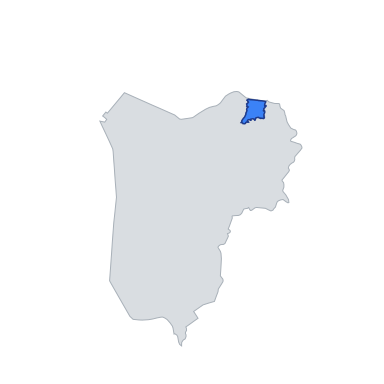 location of Telafar, Ninawa, Iraq, rotated 55°
{"feature_id": "34846034B27680259981934", "entity_name": "Telafar", "entity_type": "district", "adm_level": 2, "iso_a3": "IRQ", "parent_name": "Iraq", "parent_adm1": "Ninawa", "projection": "mercator", "projection_center": [42.455, 36.523], "detail": "fine", "context": "in_parent", "style": "filled", "palette": "blue", "viewbox_px": 384, "rotation_deg": 55, "n_neighbors": 0, "source": "geoboundaries", "source_scale": "gbopen_adm2", "svg_char_len": 5962}
<svg xmlns="http://www.w3.org/2000/svg" viewBox="0 0 384 384"><g transform="rotate(55 192 192)"><path d="M160.0,77.9L162.4,77.3L166.8,73.6L169.4,70.1L170.2,69.8L172.6,70.9L174.2,71.3L178.1,69.9L180.3,70.6L182.2,71.5L183.3,71.6L188.5,73.7L189.7,74.0L192.4,74.3L196.3,74.4L198.9,73.0L200.7,71.6L201.9,71.6L203.2,72.0L204.2,72.5L205.1,73.6L205.5,75.0L205.3,79.7L205.7,80.9L206.4,81.8L207.3,81.9L208.4,80.9L210.2,79.5L212.5,77.9L214.3,76.4L215.2,75.8L216.8,75.9L218.3,76.2L219.2,76.9L219.2,77.1L220.0,79.3L222.0,87.4L223.1,88.5L224.5,89.3L225.4,90.5L225.8,91.7L225.6,93.6L225.7,95.8L226.2,97.5L227.0,98.7L227.7,99.4L228.7,99.4L230.0,99.7L230.8,101.0L233.5,110.2L233.8,111.4L234.9,111.8L236.8,111.6L238.7,112.5L240.8,114.0L242.7,116.8L244.0,117.2L248.1,116.8L253.6,117.3L256.2,118.7L255.9,119.6L253.9,120.6L250.4,121.7L249.4,123.7L248.8,126.2L248.9,127.7L249.8,129.2L252.2,132.3L252.4,133.5L252.8,135.0L253.3,136.1L252.8,138.2L250.5,139.6L247.5,141.2L241.6,148.1L241.1,149.5L241.2,153.6L240.6,154.8L238.7,154.7L237.2,154.5L237.2,156.0L236.2,157.9L235.7,159.5L237.9,163.4L238.3,165.4L237.9,167.3L235.9,170.5L234.7,172.7L235.0,173.2L236.5,174.0L241.5,181.1L243.1,183.6L245.1,182.9L245.9,183.0L246.5,183.4L246.9,184.2L246.9,185.3L246.4,186.8L249.0,187.5L250.0,189.1L253.1,194.6L253.0,196.2L251.5,198.8L251.5,200.5L251.8,202.0L252.3,202.5L256.8,202.8L258.8,203.4L263.5,206.2L268.9,210.4L273.3,213.9L277.0,216.9L281.1,216.7L282.2,217.2L283.2,218.1L284.3,220.6L286.6,226.1L288.6,227.9L291.6,232.3L294.5,236.4L292.6,241.9L290.8,247.7L290.8,255.2L290.8,259.2L294.6,259.3L298.9,259.5L298.9,264.3L299.0,269.1L299.0,274.5L300.3,274.7L302.3,275.9L303.1,277.7L304.2,278.6L305.5,278.8L306.8,279.6L308.0,281.2L308.5,282.4L308.2,283.2L308.4,284.6L309.3,286.7L310.4,287.6L312.1,288.8L309.8,289.5L307.3,289.0L302.1,286.6L300.4,286.5L298.2,287.4L298.1,288.2L292.6,285.6L290.6,285.0L289.9,285.0L286.7,285.0L282.2,285.5L279.5,286.6L277.7,287.7L276.9,288.9L276.6,289.5L275.1,292.8L273.5,297.0L271.7,300.8L268.4,306.2L266.5,308.7L262.5,313.3L258.2,314.2L248.3,313.3L237.2,312.3L226.2,311.3L218.0,310.5L217.3,310.3L209.2,303.7L202.8,298.5L194.8,292.0L186.6,285.4L178.3,278.6L172.3,273.7L165.0,267.3L158.3,261.5L153.0,256.9L146.3,252.9L141.0,249.8L133.3,245.2L127.2,241.5L121.9,238.4L113.8,233.5L111.2,232.2L102.8,230.6L94.8,229.2L86.6,227.8L81.1,226.8L84.7,223.4L83.6,220.2L80.9,220.8L78.5,221.6L77.1,216.7L78.9,216.1L77.2,209.8L75.4,203.2L73.7,196.9L71.9,190.4L78.9,186.2L84.1,183.1L91.4,178.7L98.4,174.5L105.1,170.4L112.4,166.0L119.0,162.0L125.1,160.3L126.3,159.1L129.1,153.6L131.4,148.9L131.5,147.8L131.5,141.2L132.0,133.4L132.7,129.2L134.1,125.4L135.3,122.7L135.5,120.2L135.3,117.6L134.0,113.7L132.7,109.6L132.8,105.7L133.1,103.5L133.9,100.2L135.3,97.7L136.9,96.2L142.6,94.6L146.0,93.6L150.6,89.2L153.3,86.6L157.0,82.5L159.8,79.4L160.0,78.3L160.0,77.9Z" fill="#d9dde1" stroke="#a8b0b8" stroke-width="1"/><path d="M165.3,111.0L165.4,110.8L165.5,110.6L165.7,110.4L165.8,110.3L165.9,110.2L166.1,110.0L166.2,109.9L166.4,109.5L166.4,109.3L166.4,109.0L166.3,108.5L166.2,108.4L166.0,108.2L166.0,107.4L166.0,107.2L166.4,106.7L166.5,106.6L166.7,106.4L166.9,106.2L167.0,106.1L167.1,105.9L167.2,105.6L166.9,105.6L166.5,105.7L165.8,105.7L165.5,105.8L165.3,105.5L165.2,105.2L165.1,104.9L165.1,104.6L165.2,104.4L165.3,104.0L165.4,103.8L165.5,103.7L165.8,103.3L166.0,103.1L166.4,103.1L166.7,103.0L166.7,102.9L166.9,102.7L167.0,102.5L166.6,102.3L166.1,102.0L166.3,101.6L166.4,101.3L166.6,100.7L167.1,99.9L167.6,99.7L167.9,99.5L168.3,99.5L168.7,99.4L169.2,99.4L169.3,99.0L169.0,98.6L168.8,98.4L168.6,98.3L168.4,98.2L168.4,97.8L168.2,97.7L168.0,97.4L168.0,96.8L168.1,96.7L168.2,96.3L168.3,96.0L168.4,95.8L168.4,95.7L168.5,95.5L168.7,95.2L168.8,95.0L168.9,94.8L169.1,94.6L169.5,94.5L169.8,94.5L170.0,94.5L170.1,94.4L170.3,94.0L170.4,93.8L170.6,93.8L170.8,93.7L171.0,93.7L171.3,93.2L171.5,92.9L171.5,92.6L171.8,92.3L172.1,92.0L172.3,91.8L172.7,91.6L172.8,91.3L172.9,91.1L172.8,90.6L172.8,90.3L172.7,90.1L171.8,90.1L171.6,90.0L171.5,89.9L171.4,89.5L171.3,89.2L171.1,89.2L170.8,89.2L170.7,89.2L170.3,89.1L170.1,89.0L169.9,88.8L169.6,88.3L169.5,88.2L169.4,88.1L169.2,87.9L168.9,87.5L168.8,87.0L168.3,86.6L168.0,86.4L167.9,86.3L167.6,86.1L167.4,86.0L166.8,86.1L166.8,86.4L166.8,86.7L166.8,86.8L166.6,86.9L166.4,86.9L166.2,86.5L166.1,86.4L165.9,86.2L165.6,85.7L165.1,85.5L164.8,85.2L164.8,84.3L164.7,84.0L164.5,83.5L164.4,83.3L164.3,82.9L164.3,82.6L164.2,82.4L164.1,82.0L164.0,81.9L163.6,81.9L163.5,82.3L163.4,82.8L163.3,83.1L163.0,83.0L162.3,82.5L162.1,82.2L161.8,82.1L161.4,81.6L161.1,81.1L161.0,80.8L160.8,80.5L160.7,80.2L160.4,80.0L160.1,79.7L158.1,81.7L157.3,82.6L156.9,83.0L156.6,83.5L156.1,84.0L155.6,84.6L155.4,84.9L154.8,85.4L154.5,85.6L154.0,86.3L153.4,87.0L152.6,87.9L151.8,88.8L150.9,89.9L150.4,90.5L149.8,91.3L148.9,92.1L148.2,92.7L148.3,93.2L148.3,93.3L148.4,93.7L148.4,93.8L148.2,94.0L148.2,94.3L148.3,94.4L148.6,94.2L148.8,94.1L149.1,94.1L149.4,94.2L149.7,94.3L149.7,94.2L149.9,94.1L150.1,94.3L150.5,94.3L150.8,94.3L150.9,94.6L150.9,94.8L151.0,95.0L151.2,95.5L151.2,95.9L151.1,96.1L151.1,96.3L151.2,96.6L151.2,96.8L151.4,96.9L151.8,96.9L151.9,97.0L152.4,97.2L152.6,97.3L152.8,97.4L152.9,97.5L153.0,97.7L153.1,98.0L153.3,98.0L153.4,97.9L153.8,97.6L154.2,97.3L154.4,97.3L154.6,97.2L154.7,97.5L154.7,97.9L154.7,98.2L154.7,98.5L154.8,98.8L155.0,99.1L155.3,99.4L155.6,99.7L155.9,100.0L156.0,100.1L156.4,100.1L156.6,100.1L156.8,100.4L157.2,100.8L157.6,101.4L157.7,101.5L157.8,101.7L157.9,101.9L158.1,102.3L158.3,102.7L158.9,102.9L159.0,103.0L159.2,103.3L159.4,103.6L159.6,103.9L159.7,104.1L159.8,104.2L159.9,104.5L160.0,104.6L160.2,105.0L160.7,105.7L160.8,106.0L160.9,106.7L161.1,107.1L161.1,107.5L161.2,107.8L161.4,108.4L161.5,108.6L162.1,110.2L162.3,110.3L162.6,110.6L162.8,110.7L162.9,110.8L163.0,111.0L163.1,111.3L163.2,111.6L163.3,111.9L163.6,111.6L164.1,111.3L164.4,111.0L164.6,111.0L164.9,111.0L165.0,111.0L165.3,111.0L165.3,111.0Z" fill="#3b82f6" stroke="#1e3a8a" stroke-width="1.5"/></g></svg>